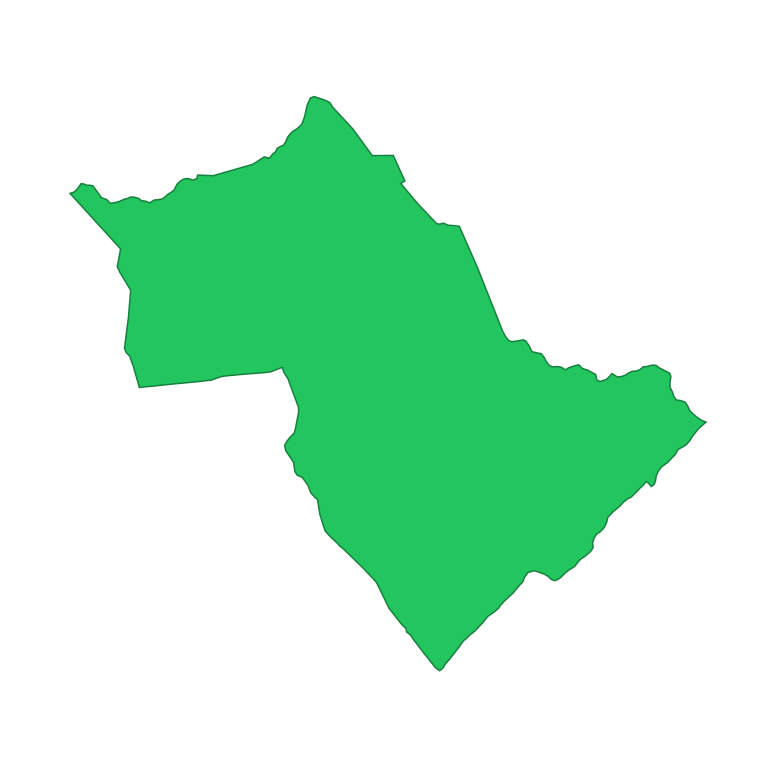 outline of Russas, Ceará, Brazil, rotated 183°
{"feature_id": "56859067B811843204611", "entity_name": "Russas", "entity_type": "district", "adm_level": 2, "iso_a3": "BRA", "parent_name": "Brazil", "parent_adm1": "Ceará", "projection": "natural_earth1", "projection_center": [-38.174, -4.835], "detail": "fine", "context": "isolated", "style": "filled", "palette": "green", "viewbox_px": 768, "rotation_deg": 183, "n_neighbors": 0, "source": "geoboundaries", "source_scale": "gbopen_adm2", "svg_char_len": 3748}
<svg xmlns="http://www.w3.org/2000/svg" viewBox="0 0 768 768"><g transform="rotate(183 384 384)"><path d="M313.4,100.6L309.9,104.0L308.0,107.8L304.7,111.8L300.4,117.9L297.3,122.3L295.1,125.4L293.4,128.3L291.2,131.6L287.7,135.0L284.9,138.1L282.3,140.3L279.8,142.6L276.2,147.0L272.9,150.7L270.6,153.9L268.3,157.2L265.4,159.5L261.0,163.0L257.8,166.2L255.9,169.3L252.7,173.3L247.9,178.2L244.3,181.8L241.1,186.2L238.0,190.2L235.0,193.8L233.5,198.5L230.5,203.2L224.5,205.4L219.8,204.3L213.5,202.3L210.1,200.5L206.8,197.7L203.3,196.5L200.5,197.7L197.3,200.1L193.1,204.9L189.3,208.1L184.1,211.7L181.2,216.1L178.3,219.5L174.6,222.2L169.0,227.5L166.6,231.5L167.4,236.1L166.1,241.3L163.7,245.3L160.8,247.4L157.7,250.7L155.8,253.8L154.3,258.0L153.5,262.6L151.4,265.0L148.4,268.6L144.9,271.8L142.0,274.5L138.9,278.3L135.0,281.8L131.1,284.1L128.1,287.5L124.8,291.0L122.6,293.7L119.7,296.6L117.0,300.4L114.2,298.4L111.8,295.6L109.0,297.7L107.8,301.5L107.3,306.8L105.3,311.7L102.4,315.9L96.5,320.6L93.8,324.0L89.6,328.6L86.8,334.0L79.4,338.8L76.1,342.9L72.2,349.4L67.7,355.7L60.5,362.8L65.5,364.6L69.7,367.2L74.0,370.4L77.4,373.7L79.4,377.6L82.4,381.7L87.1,383.0L91.3,383.3L94.3,387.5L95.4,390.9L98.1,395.4L98.5,399.8L97.9,406.4L99.5,409.9L104.3,412.0L110.3,414.7L113.4,416.9L117.0,416.9L123.0,415.1L125.9,414.7L128.9,412.0L131.9,410.4L136.6,409.7L140.8,407.6L143.6,405.3L147.1,404.0L151.3,403.2L154.1,404.8L156.9,406.3L159.0,403.6L162.1,400.2L168.4,397.8L171.6,399.1L173.1,404.6L177.3,406.5L180.9,408.4L186.7,409.9L190.6,413.4L196.2,411.6L200.3,409.9L203.6,407.6L207.7,410.0L211.9,410.5L217.1,409.9L220.3,411.6L223.3,415.1L225.4,418.9L228.6,422.5L232.8,423.1L237.9,424.0L241.2,429.9L244.6,434.3L247.4,435.4L253.4,433.9L258.7,432.9L261.9,434.0L264.8,437.4L267.8,442.0L297.0,505.6L317.0,545.4L321.3,545.7L325.1,545.9L328.3,545.9L332.8,547.7L336.7,546.6L339.7,546.8L359.0,565.1L377.8,585.2L373.7,587.8L386.7,612.7L407.7,611.5L428.5,637.1L449.3,657.3L453.0,662.3L457.4,664.2L468.8,667.4L472.4,665.8L475.1,659.2L476.1,654.0L477.0,648.2L478.5,642.6L479.8,639.1L482.3,636.2L485.0,633.7L487.9,631.9L490.3,629.5L493.0,625.7L495.1,620.1L497.2,617.0L500.5,615.5L503.1,613.5L504.6,610.0L507.0,608.1L510.2,603.5L515.5,604.5L526.6,596.5L534.3,593.8L539.0,592.2L562.3,584.2L565.1,583.1L581.0,582.9L581.5,579.4L585.5,577.6L589.8,578.9L592.8,578.7L595.6,577.7L598.7,575.4L601.1,572.7L602.5,569.6L603.8,566.6L606.8,564.2L609.7,562.2L612.2,559.6L615.0,557.2L619.4,556.2L623.0,555.7L627.6,552.6L631.6,554.1L635.8,554.4L638.6,556.4L642.7,557.5L646.7,557.5L649.8,555.9L653.2,554.9L657.9,552.4L661.3,551.3L666.5,550.0L670.7,553.7L675.9,555.3L685.0,566.6L688.2,567.1L691.2,566.9L693.9,568.0L697.0,568.2L700.3,562.8L703.3,559.6L707.5,557.9L654.1,505.1L656.5,487.3L653.8,482.0L641.9,464.4L642.7,437.2L644.1,418.8L645.0,405.8L642.9,401.7L639.5,398.6L635.3,388.6L628.1,367.7L622.5,368.7L613.6,369.9L608.2,370.8L602.1,371.8L596.9,372.6L591.8,373.4L586.0,374.2L581.4,374.9L574.7,375.9L568.6,376.8L564.4,377.6L556.8,378.8L546.7,383.0L542.8,383.7L539.1,384.3L525.4,386.3L505.5,388.9L498.1,390.1L486.4,395.3L484.7,390.6L480.0,383.9L477.9,378.8L468.1,356.1L467.8,351.3L470.3,333.5L471.2,330.3L475.9,324.8L478.6,320.6L480.0,317.5L478.6,312.2L475.9,308.6L472.5,304.1L470.1,300.8L469.3,296.3L468.4,291.9L465.9,288.4L460.4,286.2L454.6,278.7L451.3,271.4L447.0,267.1L444.3,265.0L441.3,250.7L436.9,238.7L434.9,234.0L430.5,229.6L426.5,226.1L422.7,223.0L419.6,219.7L416.7,217.9L413.0,214.6L406.3,208.8L394.4,198.3L381.2,185.6L374.2,172.9L367.2,160.2L357.2,148.8L354.4,145.5L351.7,143.0L349.2,141.0L348.6,137.7L344.2,134.6L341.6,130.8L339.0,127.8L336.7,125.2L333.8,121.6L329.4,116.5L326.5,113.4L323.6,110.0L321.4,107.6L318.1,103.6L313.4,100.6Z" fill="#22c55e" stroke="#15803d" stroke-width="1.5"/></g></svg>